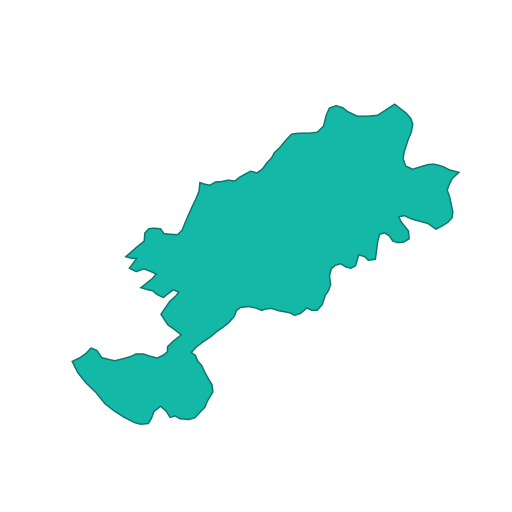 Ananindeua, Pará, Brazil, rotated 53°
{"feature_id": "56859067B63914289904635", "entity_name": "Ananindeua", "entity_type": "district", "adm_level": 2, "iso_a3": "BRA", "parent_name": "Brazil", "parent_adm1": "Pará", "projection": "albers", "projection_center": [-48.38, -1.343], "detail": "fine", "context": "isolated", "style": "filled", "palette": "teal", "viewbox_px": 512, "rotation_deg": 53, "n_neighbors": 0, "source": "geoboundaries", "source_scale": "gbopen_adm2", "svg_char_len": 2561}
<svg xmlns="http://www.w3.org/2000/svg" viewBox="0 0 512 512"><g transform="rotate(53 256 256)"><path d="M342.9,96.1L343.9,89.9L344.6,82.5L343.3,76.2L339.4,72.4L325.0,65.6L318.5,63.7L315.3,58.8L312.2,52.8L311.3,43.6L303.5,49.8L298.1,52.3L293.8,55.3L289.6,58.8L286.7,63.2L284.6,68.6L281.0,78.7L274.2,82.3L266.9,80.0L262.2,75.2L253.8,63.2L250.8,57.7L245.1,51.5L239.4,49.6L232.3,50.1L218.2,53.9L216.8,74.1L211.7,82.5L205.4,90.9L195.6,96.0L189.9,97.4L184.2,101.5L182.0,108.3L186.1,115.6L192.9,123.8L194.0,132.5L190.3,139.1L186.1,144.6L182.5,149.9L180.1,154.5L181.8,163.9L183.9,172.5L184.5,179.0L187.0,184.5L188.2,191.5L190.3,198.4L190.3,205.2L185.1,209.2L184.2,214.4L183.2,221.7L183.4,228.0L178.8,232.3L175.7,239.1L172.6,243.4L171.7,250.2L167.7,253.8L163.6,256.6L169.8,262.3L173.8,268.8L176.3,273.7L178.8,278.5L181.8,283.8L185.3,290.1L190.8,299.3L191.9,305.5L188.8,309.4L182.8,316.1L176.9,315.8L172.3,320.8L169.8,325.1L170.7,330.9L176.8,336.3L177.1,345.7L177.7,353.7L178.2,360.4L182.5,357.1L186.1,352.8L189.6,364.5L196.4,361.0L198.8,353.3L204.0,350.0L210.3,346.5L211.7,352.8L211.9,360.2L212.0,367.0L216.9,363.4L221.7,359.4L226.9,358.3L233.4,355.0L233.2,350.0L233.2,342.5L238.4,339.4L239.7,344.4L240.3,352.1L243.2,360.6L245.4,367.0L258.0,367.8L265.8,365.3L274.0,363.2L274.2,373.1L275.2,381.3L279.2,384.4L279.4,389.5L278.0,396.4L271.7,401.4L266.7,404.7L262.0,410.8L261.1,415.9L258.0,424.1L254.7,431.8L249.5,436.3L244.1,440.4L235.8,439.9L230.2,443.1L231.5,450.5L231.3,457.5L229.6,466.2L235.8,467.4L241.0,468.4L248.1,468.4L255.4,468.1L268.5,466.0L283.2,465.5L294.3,462.5L304.7,458.7L316.0,453.2L321.0,449.3L325.0,442.8L322.8,437.4L318.8,431.1L318.5,422.7L325.7,421.1L333.2,421.7L335.1,416.7L340.1,414.8L346.2,408.0L348.4,402.1L346.9,393.9L346.0,387.9L342.5,381.9L338.6,372.2L332.3,368.6L325.0,367.9L317.2,366.7L310.9,365.3L304.4,365.8L299.0,364.2L294.1,365.8L292.7,357.7L292.7,349.6L293.2,340.6L292.7,332.7L293.0,325.9L292.9,318.3L291.1,309.6L287.7,304.2L287.8,299.2L292.2,292.0L297.3,287.5L302.8,284.2L304.7,279.1L307.4,275.0L313.7,270.5L318.0,266.5L321.9,263.0L326.6,260.9L328.6,255.2L328.1,246.7L333.2,244.0L336.2,239.6L334.6,232.3L329.2,224.5L326.9,218.2L323.7,213.6L316.0,209.2L311.5,203.5L311.2,198.3L313.1,193.1L319.1,190.7L322.9,187.5L323.7,182.3L316.9,173.3L321.9,169.6L326.9,168.9L330.5,162.7L324.2,156.4L320.4,152.9L316.9,149.1L313.1,144.2L314.8,139.4L319.8,137.5L326.6,137.7L330.8,134.5L333.7,130.0L334.4,123.3L327.8,119.2L316.0,119.5L310.6,118.4L313.1,113.2L320.2,109.4L333.5,99.1L342.9,96.1Z" fill="#14b8a6" stroke="#0f766e" stroke-width="1.5"/></g></svg>